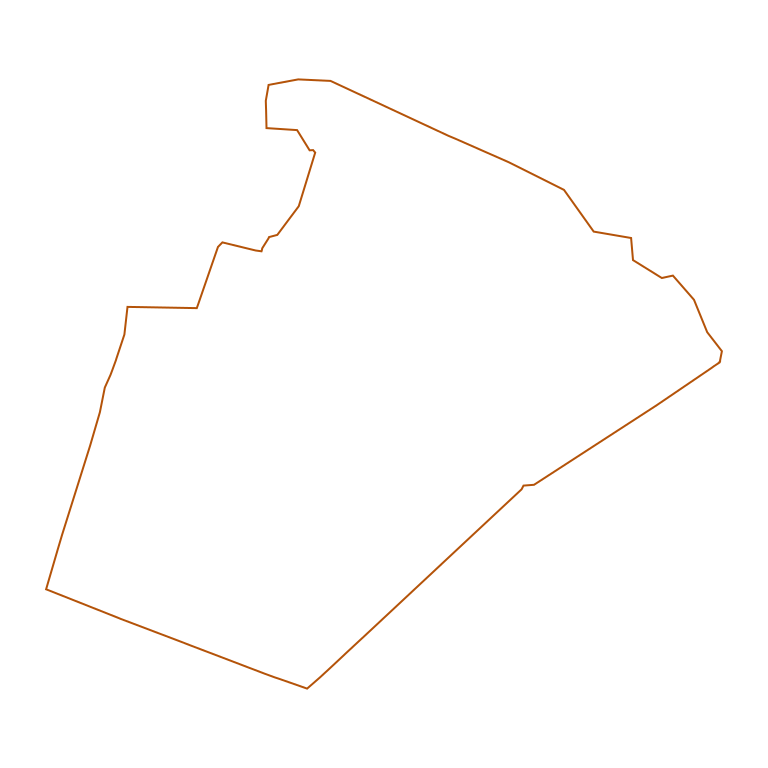 Wake, North Carolina, United States of America (Robinson projection)
{"feature_id": "52423323B47689495133402", "entity_name": "Wake", "entity_type": "district", "adm_level": 2, "iso_a3": "USA", "parent_name": "United States of America", "parent_adm1": "North Carolina", "projection": "robinson", "projection_center": [-78.683, 35.798], "detail": "fine", "context": "isolated", "style": "outline", "palette": "amber", "viewbox_px": 768, "rotation_deg": 0, "n_neighbors": 0, "source": "geoboundaries", "source_scale": "gbopen_adm2", "svg_char_len": 1172}
<svg xmlns="http://www.w3.org/2000/svg" viewBox="0 0 768 768"><path d="M119.3,618.3L120.7,618.9L181.4,641.9L189.9,645.2L264.7,673.7L273.7,677.0L275.1,677.5L278.2,678.5L307.1,688.6L320.2,677.2L320.4,677.0L330.8,667.4L348.2,651.1L367.5,633.2L521.6,489.3L523.5,485.6L534.0,484.8L657.2,404.9L658.2,404.2L711.6,367.9L714.2,366.0L719.7,362.4L719.9,361.8L719.7,361.8L719.9,361.6L720.1,360.3L721.9,351.2L707.2,332.2L694.0,299.8L672.9,275.6L661.8,278.0L633.0,260.1L631.1,238.0L593.7,231.6L564.0,189.9L508.9,162.3L455.1,138.6L448.4,135.8L330.5,80.9L298.2,79.4L268.6,84.9L265.8,100.8L266.0,107.5L266.1,110.1L266.5,128.1L297.1,130.1L309.6,150.3L313.1,150.1L315.2,152.6L298.8,206.1L298.4,206.7L290.0,217.9L277.3,234.9L269.0,237.1L268.9,237.3L268.7,238.0L268.3,238.7L262.6,247.7L262.2,248.4L262.1,249.0L261.8,250.4L261.5,251.3L255.7,250.5L222.4,242.4L218.0,246.9L217.5,248.3L211.1,266.8L198.3,303.9L198.2,304.2L196.8,308.1L195.3,308.1L139.9,307.1L127.5,306.9L124.4,334.5L116.3,358.9L116.0,360.0L112.2,370.4L110.5,374.9L104.8,387.6L99.9,412.2L90.1,445.7L62.5,533.5L62.3,534.1L57.1,551.6L57.1,551.8L57.0,552.0L46.1,589.3L119.3,618.3Z" fill="none" stroke="#b45309" stroke-width="2"/></svg>